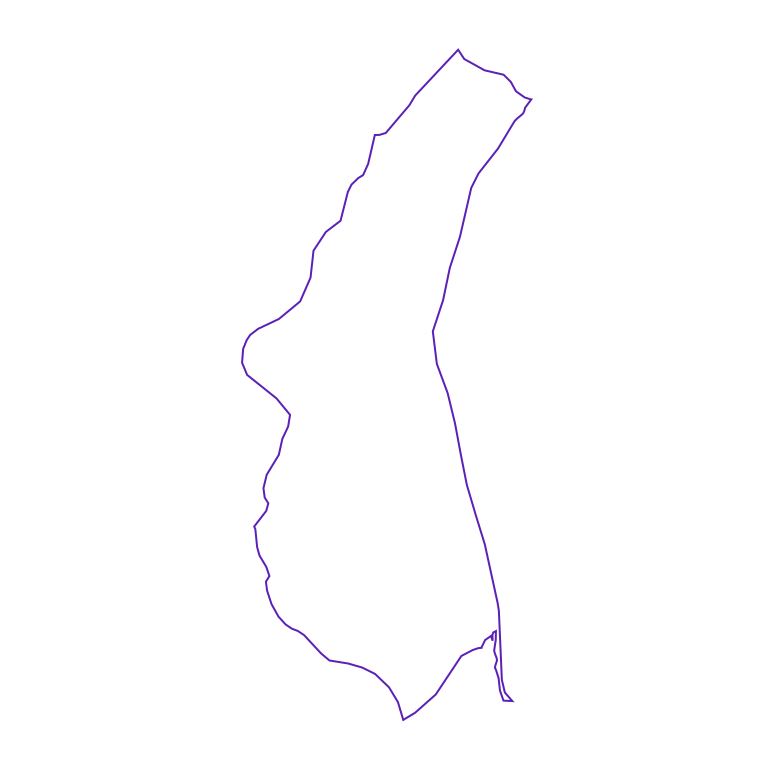 Mazandaran, Equal Earth projection, rotated 91°
{"feature_id": "IRN-3214", "entity_name": "Mazandaran", "entity_type": "Province", "adm_level": 1, "iso_a3": "IRN", "parent_name": "Iran", "parent_adm1": "", "projection": "equal_earth", "projection_center": [52.513, 36.378], "detail": "fine", "context": "isolated", "style": "outline", "palette": "violet", "viewbox_px": 768, "rotation_deg": 91, "n_neighbors": 0, "source": "natural_earth", "source_scale": "10m", "svg_char_len": 1510}
<svg xmlns="http://www.w3.org/2000/svg" viewBox="0 0 768 768"><g transform="rotate(91 384 384)"><path d="M96.9,241.7L105.2,247.7L108.9,248.6L111.3,249.8L116.4,255.7L119.0,258.1L146.6,274.1L171.7,293.1L186.4,300.2L235.4,310.6L266.7,320.2L299.2,326.4L330.5,336.1L363.0,331.5L392.0,320.2L422.2,312.3L453.5,305.9L483.5,299.4L513.6,289.9L542.6,280.4L600.8,266.6L608.6,265.2L677.7,261.0L690.3,257.8L698.8,250.2L698.5,259.0L688.5,262.7L676.1,264.3L668.0,267.0L665.9,268.1L663.3,267.7L658.6,266.2L656.0,266.6L651.1,268.6L648.4,269.2L638.1,267.8L629.1,267.8L630.5,270.4L633.0,271.2L638.8,270.9L635.3,272.2L633.9,272.4L638.2,278.4L645.3,281.7L646.1,281.8L646.4,284.9L648.4,290.6L654.6,301.9L693.5,326.8L712.2,347.2L719.5,358.9L701.8,364.5L687.2,373.7L674.1,387.8L667.9,400.8L664.1,414.9L661.4,433.7L654.5,442.2L636.5,459.5L632.4,465.9L630.3,471.8L626.2,478.1L618.5,485.4L606.1,492.6L592.6,497.3L583.7,498.6L578.0,495.2L568.9,498.5L557.7,505.5L549.3,508.0L531.4,510.1L528.8,511.3L512.9,499.5L505.3,497.6L499.6,501.3L490.3,502.7L476.8,499.7L456.6,487.9L440.7,484.7L428.2,479.1L416.5,477.4L400.3,491.2L377.3,521.0L365.2,526.3L351.2,525.4L342.6,522.1L337.3,518.7L331.0,510.8L320.8,490.2L302.9,469.3L278.9,459.3L251.9,456.8L232.9,444.7L221.5,430.3L192.6,423.5L185.2,420.0L178.6,413.4L175.4,408.5L164.2,403.7L135.2,397.5L135.0,392.9L133.0,386.6L104.7,363.4L95.0,357.8L48.5,315.7L57.7,309.4L68.6,289.0L72.7,269.8L79.8,262.4L89.0,257.2L95.0,248.4L96.8,242.5L96.9,241.7Z" fill="none" stroke="#5b21b6" stroke-width="2"/></g></svg>